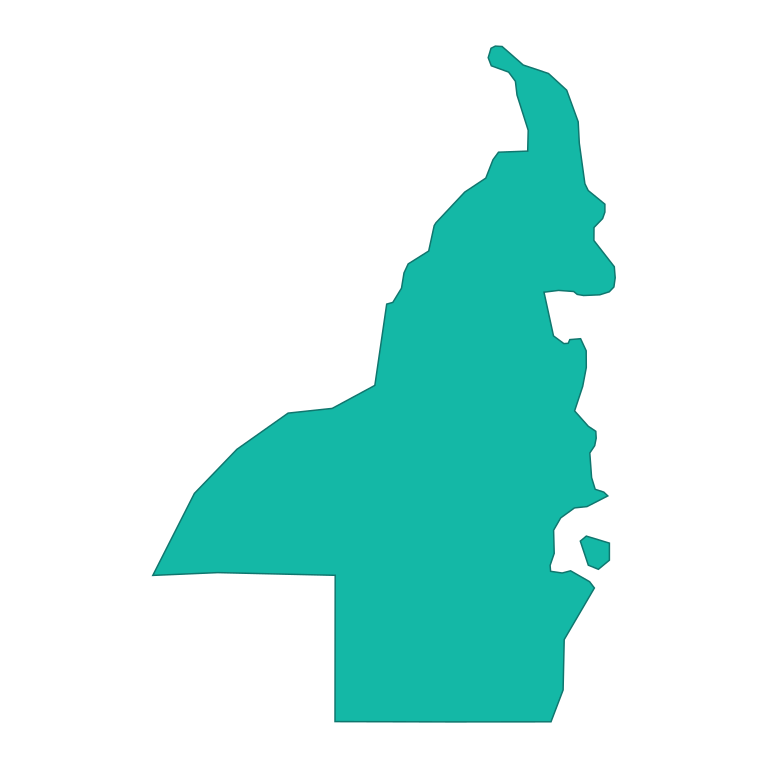 outline of Kitsap, Washington, United States of America
{"feature_id": "52423323B24057696547970", "entity_name": "Kitsap", "entity_type": "district", "adm_level": 2, "iso_a3": "USA", "parent_name": "United States of America", "parent_adm1": "Washington", "projection": "mercator", "projection_center": [-122.582, 47.672], "detail": "fine", "context": "isolated", "style": "filled", "palette": "teal", "viewbox_px": 768, "rotation_deg": 0, "n_neighbors": 0, "source": "geoboundaries", "source_scale": "gbopen_adm2", "svg_char_len": 1274}
<svg xmlns="http://www.w3.org/2000/svg" viewBox="0 0 768 768"><path d="M335.0,721.6L451.1,721.9L551.0,721.8L563.1,690.0L564.2,639.6L594.4,588.0L589.6,581.7L570.6,570.8L562.2,573.0L550.6,571.3L550.1,565.4L554.2,553.4L553.6,530.2L560.7,517.9L564.7,515.0L574.5,507.9L587.0,506.6L607.8,495.9L603.8,492.1L595.2,489.3L591.6,477.6L589.8,453.0L594.7,445.7L596.2,438.2L595.8,431.3L588.3,426.3L574.6,410.9L582.7,386.4L586.3,367.5L586.2,350.8L580.6,338.7L569.8,339.6L568.2,343.3L563.9,343.6L553.5,335.9L544.0,292.2L558.5,290.4L573.7,291.5L577.2,294.4L583.6,295.5L599.8,294.8L609.3,291.8L613.9,287.0L615.2,277.8L614.3,266.7L593.9,240.5L594.0,227.5L602.6,218.6L604.9,212.1L604.9,204.2L588.2,190.5L584.9,183.7L579.3,143.2L578.2,121.8L566.7,90.2L548.5,73.5L523.2,65.0L502.1,46.5L495.3,46.1L491.0,48.3L488.2,57.7L491.3,65.8L508.6,72.1L515.4,81.3L517.0,95.0L528.2,130.3L527.7,151.1L498.5,152.2L493.0,159.7L485.8,178.1L464.7,192.1L436.0,222.7L434.2,225.6L428.7,251.0L408.2,263.9L404.0,272.9L401.5,288.2L392.8,302.4L386.7,304.1L375.2,383.0L374.8,385.4L332.2,408.4L288.1,413.1L236.9,449.3L194.4,493.4L152.8,575.4L217.8,572.6L335.2,575.3L335.0,721.6ZM586.3,536.1L580.3,541.1L588.3,565.2L598.4,569.3L609.4,560.2L609.4,543.1L586.3,536.1Z" fill="#14b8a6" stroke="#0f766e" stroke-width="1.5"/></svg>